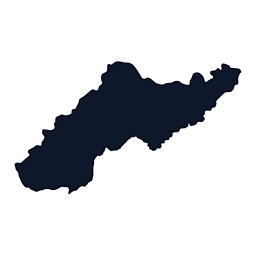 the district of Elías, Huila, Colombia
{"feature_id": "7082276B98315935443", "entity_name": "Elías", "entity_type": "district", "adm_level": 2, "iso_a3": "COL", "parent_name": "Colombia", "parent_adm1": "Huila", "projection": "orthographic", "projection_center": [-75.954, 2.003], "detail": "fine", "context": "isolated", "style": "filled", "palette": "ink", "viewbox_px": 256, "rotation_deg": 0, "n_neighbors": 0, "source": "geoboundaries", "source_scale": "gbopen_adm2", "svg_char_len": 5793}
<svg xmlns="http://www.w3.org/2000/svg" viewBox="0 0 256 256"><path d="M240.6,71.9L239.8,70.2L238.4,69.3L230.2,68.4L229.4,67.5L228.6,66.0L224.4,64.4L223.1,64.2L222.0,65.1L221.9,66.4L222.5,68.2L222.3,69.3L221.9,70.2L221.1,70.7L220.3,70.7L219.7,70.3L219.2,69.7L217.9,68.8L216.7,70.2L216.0,70.8L214.8,71.1L211.6,71.5L210.9,72.2L211.0,73.5L211.5,74.4L212.9,75.1L213.7,75.7L213.9,78.0L213.2,78.8L210.9,79.7L206.3,82.7L205.2,82.7L204.3,82.2L203.9,80.3L202.7,77.1L201.2,75.3L199.0,73.5L196.8,73.1L194.9,73.5L193.6,74.4L192.1,78.5L190.7,80.9L190.3,82.6L190.4,84.6L189.9,85.3L188.4,85.5L185.8,85.5L183.6,84.6L181.8,84.1L179.1,82.0L177.8,81.6L176.2,81.6L175.0,81.8L172.4,83.1L170.5,83.6L168.5,83.6L166.3,83.8L164.4,84.8L162.7,85.4L160.7,85.1L158.7,84.7L155.9,83.8L154.3,82.7L150.6,79.5L147.7,78.2L145.4,79.4L143.9,79.6L141.4,78.6L140.4,76.7L137.0,71.1L134.9,68.2L132.6,65.3L130.7,64.2L129.0,63.5L127.0,63.3L124.0,63.2L122.4,62.7L119.3,62.2L117.6,62.1L115.8,62.4L114.4,63.4L111.1,65.7L109.4,64.8L108.8,64.7L108.2,65.0L108.0,65.9L107.9,70.1L107.3,71.7L106.5,72.7L104.0,73.7L102.5,74.7L101.8,76.5L101.8,78.4L102.1,80.2L103.1,82.9L103.0,83.8L99.6,86.8L98.9,89.8L98.2,90.6L97.0,91.2L95.4,91.2L94.0,90.3L92.2,90.2L84.4,96.7L80.0,99.6L79.1,103.2L75.9,109.5L73.4,109.9L72.6,110.2L72.4,111.0L72.3,112.7L72.1,113.8L71.2,114.7L69.0,115.5L67.2,116.0L64.5,116.0L63.6,115.8L62.7,115.4L61.9,115.2L59.4,116.4L57.2,117.3L56.2,118.3L56.1,119.4L56.1,121.5L55.9,122.2L55.4,122.8L54.9,123.4L54.9,124.2L55.1,126.0L55.4,127.4L55.1,128.7L54.2,129.4L52.6,130.4L51.7,130.8L50.1,131.0L47.2,130.4L44.6,130.1L43.2,130.1L43.0,131.3L42.8,132.9L43.1,133.6L45.2,136.5L45.2,137.3L44.9,138.9L44.3,139.9L42.7,141.9L42.3,142.7L42.3,144.7L42.1,145.7L41.4,146.2L40.7,146.4L39.5,146.3L38.3,146.1L37.3,145.9L36.4,146.2L35.8,146.6L35.7,146.5L33.7,148.1L31.3,149.3L29.4,150.3L28.8,150.9L28.6,151.7L28.9,152.6L30.2,154.0L30.4,154.9L29.9,155.8L29.2,156.7L27.3,158.3L25.5,159.6L22.7,162.3L21.7,163.1L20.9,163.5L20.0,163.8L19.3,163.8L19.0,163.6L17.1,163.3L15.4,164.1L15.4,164.6L15.6,166.0L16.3,167.9L16.3,168.6L16.5,169.4L17.5,170.3L18.5,171.8L19.0,172.8L19.1,173.7L19.3,174.6L19.3,175.4L19.5,176.1L20.0,176.9L20.4,177.7L21.2,179.8L22.6,182.8L23.9,184.6L24.6,185.5L25.9,186.7L26.3,186.9L27.2,186.8L28.3,186.8L28.7,186.9L29.7,187.4L31.1,188.9L33.7,189.9L35.8,190.9L36.3,191.1L37.0,191.0L38.5,190.3L41.2,189.5L42.7,189.5L43.1,189.1L44.1,188.7L44.7,188.5L47.0,188.3L48.1,188.2L52.8,189.4L53.6,189.4L54.6,189.2L55.4,189.0L56.2,188.5L57.2,188.5L57.5,188.4L57.8,188.1L58.0,187.1L58.7,187.2L59.4,187.2L61.0,186.2L62.5,185.9L63.9,186.3L64.9,186.4L66.3,186.3L68.1,186.5L69.5,188.4L69.8,189.2L69.7,189.8L69.6,190.2L69.5,191.0L69.4,191.7L69.2,192.4L69.0,193.9L70.3,192.1L71.5,191.6L72.5,190.7L74.1,190.0L75.6,190.0L76.6,189.6L77.8,188.0L79.6,186.4L81.2,185.7L82.3,185.3L83.3,185.7L84.7,185.9L85.0,185.7L85.1,185.0L85.4,184.7L86.0,184.7L86.4,184.4L87.1,183.5L87.9,182.2L88.2,181.9L89.7,181.2L90.1,180.7L91.0,180.4L91.6,179.8L92.7,174.8L92.7,173.9L92.5,173.1L92.7,172.4L92.6,171.2L92.4,170.6L92.4,169.7L92.7,169.2L92.5,168.4L92.5,167.8L92.8,166.8L92.6,166.4L93.2,164.6L93.4,163.0L93.3,161.8L93.3,160.9L93.5,160.3L93.6,159.5L93.8,159.2L94.3,158.9L94.5,158.6L94.5,158.1L94.7,157.7L95.1,157.4L95.4,156.8L95.8,156.3L96.2,156.1L96.7,155.8L96.8,155.4L96.7,154.7L97.1,154.6L97.4,154.6L97.8,154.8L99.4,155.3L99.9,155.2L100.2,155.1L101.1,154.5L101.8,154.2L102.2,153.8L102.4,153.5L102.4,153.0L102.7,152.4L103.6,151.2L104.2,150.2L104.3,148.2L105.4,147.6L105.8,146.9L106.1,146.6L107.3,146.6L107.5,146.9L107.8,147.5L108.1,148.0L109.7,149.4L110.8,150.1L111.3,150.3L111.7,150.3L112.8,150.0L113.2,149.8L114.2,149.9L115.3,149.5L116.0,149.9L116.5,149.8L117.3,149.4L117.7,149.0L118.3,148.8L118.4,148.4L118.6,148.0L119.1,148.0L119.8,148.2L120.0,147.9L120.3,147.1L120.8,146.5L122.8,144.5L124.8,142.4L125.6,142.0L126.0,141.3L126.2,140.5L127.5,139.8L128.1,138.7L129.6,138.3L129.9,137.8L130.1,137.1L130.5,136.8L131.2,136.6L132.1,136.7L133.3,136.4L134.0,136.3L135.3,135.8L136.1,135.5L136.5,135.6L137.5,137.1L138.2,137.7L139.1,137.8L140.2,138.6L141.2,138.8L142.6,139.6L144.2,141.6L147.6,142.4L148.1,142.8L148.5,143.2L148.6,143.8L148.1,145.5L148.5,145.8L149.1,145.6L149.3,145.9L149.9,147.3L150.0,148.6L150.8,148.7L151.9,149.2L152.7,150.0L153.4,150.1L154.1,150.0L155.7,149.3L155.8,149.0L155.6,148.8L155.5,148.2L156.1,147.8L157.9,147.6L159.0,147.8L159.8,147.7L160.4,147.3L160.8,146.8L160.9,145.9L160.8,145.2L160.4,144.6L160.0,143.8L160.1,143.5L160.5,143.1L161.3,142.9L163.5,142.6L164.0,142.4L164.0,141.8L163.7,140.4L163.6,139.8L163.9,139.5L164.6,139.7L165.1,139.9L165.6,139.6L166.4,139.3L168.0,139.4L168.4,139.2L168.6,138.6L168.6,137.8L168.8,137.2L169.6,136.8L171.1,136.4L171.6,135.9L171.9,135.4L171.8,134.6L171.6,133.7L170.8,131.6L171.0,131.0L171.6,131.2L172.4,131.8L172.8,132.3L173.9,131.6L175.0,131.5L176.3,131.5L177.2,131.5L177.8,131.4L178.7,130.5L179.2,129.6L179.6,128.0L180.1,127.9L181.5,127.8L183.0,127.6L184.8,127.5L185.6,127.1L187.2,126.1L187.7,125.2L187.5,124.1L187.6,123.1L188.0,122.8L188.5,122.6L189.2,122.6L189.8,123.0L190.1,124.0L190.5,124.9L190.9,125.2L191.7,125.2L193.4,124.7L194.9,124.2L196.0,123.3L196.5,122.3L197.3,121.4L197.8,121.0L198.7,121.1L199.6,121.0L200.6,121.3L202.1,121.1L202.8,120.8L204.0,119.1L204.1,118.4L202.9,117.5L202.6,116.7L202.6,116.0L203.0,115.0L204.1,113.8L204.1,111.7L204.7,110.6L205.4,110.1L206.7,109.8L208.0,109.9L208.8,109.8L209.9,110.1L210.6,109.8L210.8,109.3L210.9,108.7L211.3,107.7L212.0,107.1L213.5,106.9L214.7,106.5L215.7,103.9L215.7,103.1L215.4,101.3L216.1,100.0L219.2,96.9L223.2,93.1L225.3,91.5L228.4,91.4L230.6,91.2L232.1,89.8L233.2,88.3L233.7,86.5L233.9,85.3L235.2,84.2L236.6,84.0L237.4,83.6L237.5,82.7L237.6,81.4L237.4,79.8L237.5,78.3L237.7,76.8L238.3,75.2L239.5,72.8L240.6,71.9Z" fill="#0f172a" stroke="#020617" stroke-width="1.5"/></svg>